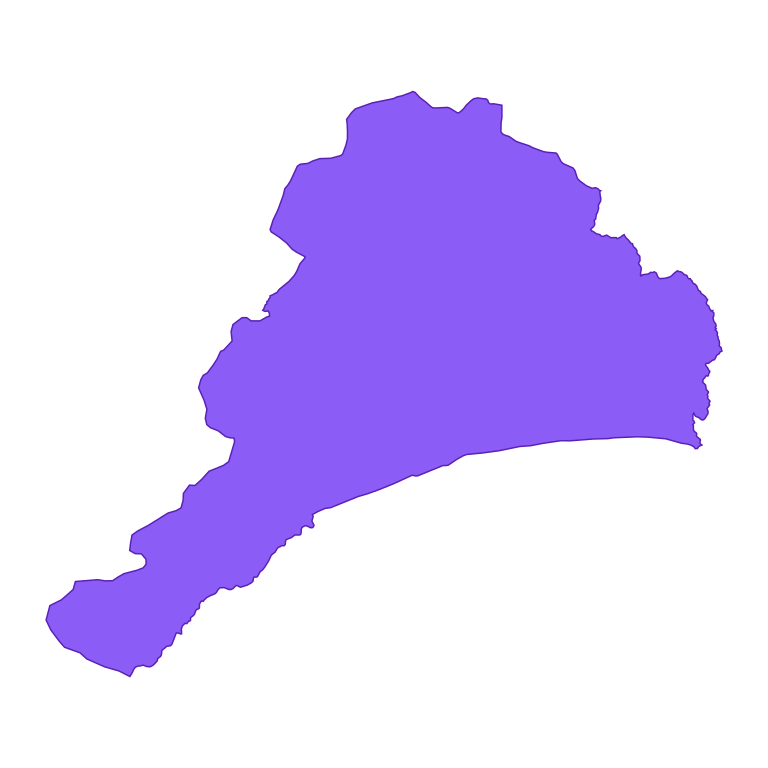 Boontay, Phôngsali, Laos (Albers equal-area conic projection), rotated 180°
{"feature_id": "54806243B85580123027929", "entity_name": "Boontay", "entity_type": "district", "adm_level": 2, "iso_a3": "LAO", "parent_name": "Laos", "parent_adm1": "Phôngsali", "projection": "albers", "projection_center": [101.907, 21.382], "detail": "fine", "context": "isolated", "style": "filled", "palette": "violet", "viewbox_px": 768, "rotation_deg": 180, "n_neighbors": 0, "source": "geoboundaries", "source_scale": "gbopen_adm2", "svg_char_len": 6035}
<svg xmlns="http://www.w3.org/2000/svg" viewBox="0 0 768 768"><g transform="rotate(180 384 384)"><path d="M72.7,319.3L70.6,319.5L69.2,321.5L66.9,322.7L65.5,322.8L67.0,323.4L68.1,325.1L67.6,327.6L67.7,328.6L71.2,331.4L71.5,332.0L71.3,334.4L72.1,335.5L73.7,336.5L74.6,338.7L74.6,342.3L75.2,343.4L73.4,345.2L74.0,346.8L75.1,347.8L75.1,353.3L74.2,354.8L73.7,353.6L72.5,351.8L68.6,350.1L67.7,349.0L66.7,348.3L65.1,348.0L64.4,348.3L63.0,349.5L60.1,354.3L59.9,356.0L60.3,357.9L60.8,358.7L60.9,359.6L58.6,362.5L58.4,363.3L59.1,364.5L57.9,366.8L60.4,369.6L60.1,371.8L60.8,373.6L59.6,375.4L59.5,376.0L62.0,378.8L62.0,380.3L62.4,382.9L65.5,386.1L65.0,387.1L64.9,388.6L63.3,390.1L62.1,392.0L61.2,392.3L60.2,391.9L59.6,392.4L59.4,394.1L58.2,396.1L58.3,397.0L59.3,397.7L60.3,400.0L62.3,402.6L62.5,403.9L61.6,404.6L59.5,404.7L55.3,407.9L53.7,408.2L52.5,410.0L51.2,412.9L48.9,414.2L48.0,416.0L46.1,416.8L46.9,420.3L48.8,422.2L48.5,424.3L48.8,427.1L49.8,429.1L49.9,430.1L50.2,430.7L50.0,431.4L50.9,432.8L50.5,435.1L51.6,437.3L52.9,438.2L51.7,439.4L52.8,440.6L51.8,442.0L52.2,442.6L52.1,443.5L52.3,444.1L54.2,446.8L55.1,450.5L54.3,451.7L54.1,454.9L55.5,456.6L55.3,457.4L56.7,456.9L57.1,457.9L58.0,458.5L59.4,462.1L60.4,462.7L61.5,464.1L61.7,465.3L60.4,468.4L61.7,469.7L62.5,471.3L67.3,475.0L67.4,476.2L68.3,477.1L69.5,477.5L71.4,482.2L73.2,484.0L74.0,484.1L75.5,485.6L76.1,487.3L77.3,488.4L77.7,489.3L79.4,489.3L80.2,490.2L81.1,492.5L83.6,493.4L86.3,495.8L87.5,496.3L88.7,496.4L90.7,497.2L94.1,494.5L96.4,492.2L98.1,491.1L103.1,489.7L108.5,489.4L110.2,491.2L111.7,495.0L113.8,496.2L115.5,495.4L117.2,495.7L119.8,494.0L125.2,493.3L126.6,492.1L127.2,492.1L127.6,492.6L127.2,493.7L127.5,494.5L126.9,497.9L126.8,500.0L127.4,501.6L128.6,503.1L129.5,504.8L128.0,507.3L128.2,511.8L131.0,514.7L131.1,517.4L132.5,519.7L133.7,520.4L135.2,522.6L135.5,524.3L137.1,524.7L139.7,528.1L141.9,530.1L143.6,532.6L143.8,533.3L144.7,533.0L147.3,531.0L150.6,529.3L151.3,529.6L151.7,530.4L157.2,530.3L161.3,532.9L164.8,531.7L166.2,531.7L167.4,532.3L168.1,533.4L171.5,534.2L175.3,536.8L176.4,537.1L177.4,538.7L174.9,540.9L173.3,543.2L173.3,544.5L173.8,547.6L172.3,549.0L171.7,553.6L170.7,555.2L169.4,559.6L169.6,563.3L168.6,564.2L168.2,565.7L167.4,566.7L167.2,570.2L167.6,571.0L168.2,576.0L168.0,576.7L167.4,577.2L168.4,577.4L169.8,579.1L172.4,580.3L175.9,579.7L181.6,582.2L188.5,587.3L190.6,589.6L193.2,597.7L195.1,600.1L204.5,604.2L206.8,606.2L210.8,613.9L212.0,615.0L220.9,615.7L224.7,616.4L235.5,620.4L238.8,622.2L248.0,625.2L252.2,626.8L258.7,631.4L263.3,632.9L265.7,634.2L267.1,636.5L266.9,645.5L266.1,650.3L266.1,662.8L274.1,664.2L277.6,664.0L279.5,665.4L280.2,667.7L281.9,669.1L284.3,669.2L290.3,670.1L294.4,669.2L297.3,667.0L302.0,662.5L304.0,659.7L307.1,656.7L309.4,655.1L310.6,655.2L318.3,659.9L320.5,660.6L332.5,660.0L335.3,660.2L337.4,661.6L341.9,665.7L348.1,670.4L353.0,675.7L355.4,676.5L357.1,675.5L365.9,672.2L370.7,671.2L374.5,669.4L395.8,665.1L412.7,659.1L416.5,655.3L421.4,648.6L420.8,643.9L420.5,635.9L420.6,628.9L422.0,623.1L425.3,614.0L427.3,612.4L437.4,609.7L448.1,609.4L455.1,607.1L460.1,604.6L467.7,603.8L470.6,601.9L477.5,587.1L480.3,582.7L483.1,579.4L484.9,572.2L490.2,557.8L494.8,548.2L497.9,538.5L496.8,536.1L489.5,531.4L481.3,524.9L475.9,518.8L471.8,516.0L463.0,511.3L463.3,509.8L468.0,504.3L471.3,496.6L473.6,492.7L479.0,486.6L488.7,478.7L491.3,475.2L492.6,474.9L495.3,473.2L497.9,472.2L497.9,470.5L499.2,469.0L499.7,467.3L500.9,466.7L501.2,466.2L501.1,464.0L502.6,463.3L504.3,459.0L505.3,457.7L503.1,456.6L500.0,457.0L499.4,456.3L498.7,454.9L498.5,451.8L501.1,451.1L508.1,447.1L516.9,447.1L521.4,450.4L526.0,450.3L535.0,443.5L536.9,436.5L535.9,427.0L544.3,417.9L547.4,416.6L550.9,409.0L554.5,403.4L560.6,395.1L564.8,392.6L567.2,388.2L569.4,380.1L563.9,367.7L561.1,358.7L562.7,349.7L561.2,343.4L557.6,340.3L549.8,337.2L542.5,331.5L538.0,330.2L534.0,329.9L533.4,326.3L539.3,306.3L544.7,302.5L558.9,296.8L566.4,288.5L573.1,282.5L578.5,282.9L584.6,274.6L584.9,267.4L587.0,260.1L591.9,257.3L599.9,255.0L619.4,242.8L630.5,236.9L636.0,232.9L637.5,224.3L638.3,217.5L632.9,214.4L626.6,214.1L622.0,208.7L621.9,203.8L624.9,200.1L631.2,197.7L644.1,194.3L649.9,191.0L655.3,187.3L662.9,187.1L670.1,188.3L692.6,186.5L694.9,178.4L706.5,168.2L718.1,162.4L721.9,148.0L717.2,138.1L708.5,126.5L703.4,120.7L688.0,115.2L681.1,109.0L663.4,101.2L649.0,97.0L638.1,91.5L636.0,94.9L634.3,98.5L632.7,100.8L629.7,102.0L627.7,102.0L625.0,102.9L621.3,101.5L617.9,101.2L615.3,102.5L613.0,104.6L610.7,107.2L610.3,109.5L608.3,110.8L607.0,112.2L606.4,114.2L606.3,116.9L605.9,117.7L601.2,121.7L597.7,122.2L596.2,123.5L591.8,134.9L590.3,135.1L587.3,134.0L586.4,134.2L586.6,138.7L586.3,140.3L585.5,142.2L583.5,144.2L582.8,144.6L581.2,144.4L579.3,146.8L578.2,147.0L577.5,147.6L577.4,150.4L574.7,152.4L573.6,153.7L572.1,157.7L571.1,158.7L569.6,159.0L568.6,160.0L568.5,164.0L566.8,166.7L566.4,167.0L564.7,166.7L564.1,167.7L561.3,170.4L558.0,172.2L552.9,174.3L551.5,175.7L550.0,178.3L548.3,180.1L543.9,180.4L539.2,178.5L537.0,178.5L535.0,179.4L532.1,182.4L530.7,182.4L527.7,180.8L526.7,181.0L520.7,182.9L516.6,185.2L515.0,186.8L514.4,190.5L514.0,190.9L511.7,190.9L510.5,191.4L508.0,196.1L505.3,198.3L503.3,200.8L499.1,207.6L496.9,212.4L496.0,213.5L492.8,216.0L490.8,219.5L489.6,220.7L487.8,221.3L486.5,222.3L484.0,222.3L483.4,222.6L482.7,224.0L482.5,226.8L482.1,227.8L481.5,228.5L476.4,230.5L473.2,233.0L468.9,233.0L467.9,233.2L467.3,233.8L466.9,235.0L466.7,238.8L466.2,240.2L464.8,241.4L463.0,242.2L461.2,242.1L457.3,240.2L455.4,240.4L454.5,241.4L454.0,242.8L455.9,246.5L456.0,247.2L454.8,251.7L455.6,253.5L449.8,256.6L442.9,259.6L437.5,260.3L409.8,271.5L399.9,274.4L388.7,278.5L374.8,284.1L356.2,292.6L354.6,292.6L352.3,292.0L350.2,292.2L325.0,302.5L322.5,302.4L319.8,302.8L311.6,308.4L304.9,312.2L301.4,313.5L285.7,315.0L268.7,317.3L248.3,321.5L237.3,322.3L225.4,324.6L207.2,327.3L197.7,327.2L174.8,329.0L160.0,329.4L154.5,330.2L131.0,331.2L120.5,330.9L102.2,329.2L86.6,324.8L80.9,324.0L77.6,323.1L74.3,321.4L72.7,319.3Z" fill="#8b5cf6" stroke="#5b21b6" stroke-width="1.5"/></g></svg>